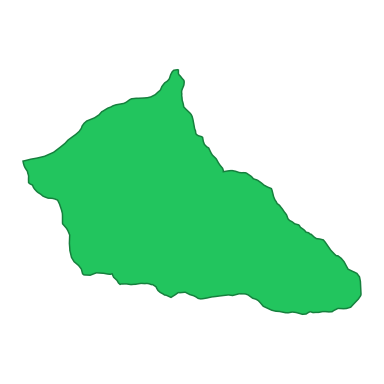 the district of Kanglung, Tashigang, Bhutan
{"feature_id": "84629894B11515592913322", "entity_name": "Kanglung", "entity_type": "district", "adm_level": 2, "iso_a3": "BTN", "parent_name": "Bhutan", "parent_adm1": "Tashigang", "projection": "robinson", "projection_center": [91.534, 27.281], "detail": "fine", "context": "isolated", "style": "filled", "palette": "green", "viewbox_px": 384, "rotation_deg": 0, "n_neighbors": 0, "source": "geoboundaries", "source_scale": "gbopen_adm2", "svg_char_len": 3991}
<svg xmlns="http://www.w3.org/2000/svg" viewBox="0 0 384 384"><path d="M85.8,121.8L84.1,123.3L82.2,125.9L81.3,128.4L79.2,131.4L75.8,134.4L71.1,137.8L68.0,140.1L65.1,143.3L60.3,147.2L53.6,152.3L44.6,156.3L37.0,158.1L30.8,159.2L25.7,160.5L23.0,161.1L23.4,163.2L24.1,165.6L24.6,166.8L25.4,168.3L27.4,171.3L27.8,173.2L28.3,174.7L28.6,176.0L28.5,179.2L28.6,182.6L29.6,183.6L30.7,184.2L32.5,185.1L33.4,187.3L34.5,189.0L36.8,191.5L38.3,192.7L40.6,194.1L43.1,196.2L43.9,196.5L45.0,197.0L47.2,197.8L48.0,198.1L48.9,198.2L50.3,198.2L52.6,198.4L54.9,199.0L57.6,200.1L59.5,204.0L61.5,209.9L62.2,212.6L62.4,213.5L62.5,216.0L62.5,218.5L62.5,222.7L62.6,223.8L66.5,228.3L67.9,230.7L69.7,235.0L69.4,243.4L69.8,248.7L69.9,250.5L71.5,257.4L74.1,261.7L78.6,265.5L81.3,269.0L81.8,270.8L82.6,273.8L84.0,274.9L90.2,275.2L96.4,272.8L103.8,273.3L107.5,274.0L110.2,274.3L112.1,273.8L113.6,277.2L117.0,280.4L118.5,283.0L120.1,284.4L120.9,284.0L126.5,283.9L131.0,284.6L134.1,284.3L135.3,284.3L139.4,283.6L141.0,283.4L141.8,283.4L144.8,283.6L147.0,283.4L149.3,283.8L151.3,284.6L152.7,284.6L155.0,286.1L156.2,287.0L156.7,288.3L158.0,290.5L160.2,292.4L162.6,293.7L164.6,295.0L166.2,295.2L171.0,297.4L175.6,294.5L178.0,292.7L178.9,292.6L180.0,292.7L185.3,292.2L187.3,293.3L188.4,293.8L189.6,294.5L193.6,295.7L195.8,296.8L198.2,298.4L200.6,298.9L202.9,298.7L207.5,297.9L208.6,297.6L209.6,297.4L211.9,296.9L215.6,296.5L220.0,295.9L228.5,294.9L232.6,295.5L239.0,293.8L245.3,293.9L248.1,294.9L252.6,298.2L255.9,299.2L257.5,300.1L258.4,300.7L260.2,302.6L263.2,306.2L264.4,306.8L267.0,308.0L271.7,310.2L275.7,311.2L278.3,311.4L279.7,311.5L285.4,312.7L288.2,312.8L292.3,312.0L296.1,312.5L299.0,313.3L302.4,314.3L304.8,314.1L306.1,314.0L307.9,312.8L309.8,311.8L310.8,311.8L313.0,312.6L315.6,312.4L318.6,312.4L322.5,311.6L325.7,311.6L328.9,311.9L332.1,311.7L333.8,310.5L335.8,309.5L338.0,308.4L343.6,308.7L346.4,308.5L350.7,307.2L353.2,304.5L358.4,299.0L360.7,295.6L361.0,294.2L360.4,281.5L359.5,276.9L356.9,273.4L348.1,269.2L346.4,266.1L344.1,261.8L341.3,258.4L337.9,255.8L336.2,255.7L334.5,254.1L331.9,251.4L330.7,250.1L325.0,241.9L323.3,239.9L319.7,239.0L316.4,238.6L314.3,237.2L311.2,234.3L310.4,234.3L309.3,233.3L308.2,232.6L306.8,232.4L305.7,231.9L304.9,230.7L303.8,229.7L303.0,229.1L302.0,228.4L300.4,227.3L299.2,225.3L298.4,224.8L294.7,223.8L292.7,222.2L291.8,221.6L289.6,220.5L287.9,218.7L287.2,216.6L286.5,214.8L285.2,213.0L284.4,212.1L282.5,209.2L281.8,208.3L280.8,207.1L280.2,206.2L278.9,204.8L278.0,204.2L277.2,203.7L276.2,201.7L274.9,199.8L273.6,196.7L272.9,193.8L272.5,192.2L272.2,190.9L271.9,190.0L271.4,188.6L270.5,188.2L268.4,187.4L266.7,186.6L265.3,185.8L264.2,185.3L261.6,183.1L260.1,182.0L257.8,180.4L256.5,179.8L255.4,179.5L253.2,178.7L252.4,177.5L251.6,176.8L251.0,176.2L247.3,173.7L246.6,173.2L245.5,172.8L243.9,172.7L243.1,172.7L241.6,172.8L239.1,172.5L235.6,171.3L232.3,170.6L230.7,170.6L228.1,170.9L223.3,171.7L223.3,170.5L223.0,169.6L222.6,168.3L220.0,165.2L218.4,162.8L216.3,159.0L215.4,158.0L212.4,155.1L211.2,153.2L210.3,151.4L208.7,148.0L206.7,146.8L204.4,144.4L203.3,141.4L202.6,137.4L201.7,136.7L200.0,136.2L198.3,135.7L196.6,134.6L195.8,133.5L195.5,130.9L194.6,128.7L194.2,126.3L193.0,119.9L192.7,118.6L192.1,116.4L191.2,114.6L190.2,113.3L185.5,108.8L183.7,106.8L183.5,105.2L183.0,103.0L182.2,100.3L182.1,99.3L182.0,97.6L181.7,95.7L181.8,93.9L181.6,92.2L181.7,90.7L182.4,88.7L183.7,85.6L184.0,84.2L184.1,82.9L184.2,82.0L183.9,80.4L182.1,78.4L180.4,76.2L179.0,74.8L178.4,73.6L178.4,72.2L178.4,70.0L177.6,69.7L175.4,70.0L173.7,70.3L172.2,71.8L170.7,74.6L169.6,78.0L169.0,79.3L167.2,81.2L164.8,82.8L163.7,84.1L161.9,86.5L161.1,88.4L160.3,90.2L158.0,92.1L155.2,94.7L150.9,96.9L147.6,97.7L144.0,98.0L140.1,98.2L138.2,98.3L136.0,98.3L131.5,98.8L129.7,99.7L126.3,102.2L123.9,103.4L120.0,104.1L116.0,104.8L113.0,105.8L110.9,107.0L107.9,108.1L105.4,109.6L103.0,111.1L101.8,111.7L100.9,112.7L99.1,114.8L94.6,117.8L90.2,119.6L86.7,121.0L85.8,121.8Z" fill="#22c55e" stroke="#15803d" stroke-width="1.5"/></svg>